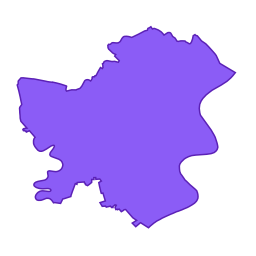 Kien Thuy, Hải Phòng, Vietnam (Equal Earth projection), rotated 268°
{"feature_id": "81297802B29420287983322", "entity_name": "Kien Thuy", "entity_type": "district", "adm_level": 2, "iso_a3": "VNM", "parent_name": "Vietnam", "parent_adm1": "Hải Phòng", "projection": "equal_earth", "projection_center": [106.673, 20.734], "detail": "fine", "context": "isolated", "style": "filled", "palette": "violet", "viewbox_px": 256, "rotation_deg": 268, "n_neighbors": 0, "source": "geoboundaries", "source_scale": "gbopen_adm2", "svg_char_len": 5622}
<svg xmlns="http://www.w3.org/2000/svg" viewBox="0 0 256 256"><g transform="rotate(268 128 128)"><path d="M27.6,145.0L29.3,146.9L30.9,149.0L32.4,151.0L32.7,151.6L33.3,152.4L34.1,153.7L35.7,157.1L36.7,158.9L38.2,162.4L38.9,164.1L40.4,167.8L41.1,169.8L42.7,173.7L43.1,175.3L44.4,179.1L45.1,180.8L46.5,184.5L47.4,186.4L48.8,189.0L49.2,189.7L50.6,191.9L52.4,193.8L53.8,194.7L55.4,195.4L57.1,195.6L59.0,195.5L60.7,195.2L62.9,194.5L64.5,193.0L67.0,190.3L69.2,187.9L70.8,186.4L72.7,184.6L74.1,183.1L75.8,182.1L79.2,179.9L80.4,179.0L82.0,178.5L82.8,178.2L85.4,178.0L88.3,178.0L90.2,178.6L92.2,180.0L95.1,183.2L96.1,184.9L97.3,187.6L98.2,190.7L98.6,194.8L99.0,205.6L99.5,210.2L100.4,213.1L101.7,215.0L103.3,216.3L105.2,217.0L105.8,217.1L107.6,216.9L109.7,216.5L112.6,215.7L115.7,214.8L118.1,213.7L123.1,211.0L127.6,208.0L138.2,200.9L140.5,200.3L145.1,199.9L149.1,200.5L152.4,202.0L155.0,203.9L158.3,207.2L160.5,210.1L162.9,213.5L167.6,222.5L171.2,228.5L174.4,232.4L176.5,234.5L179.6,237.2L189.4,222.0L197.3,218.7L199.1,217.5L201.9,215.2L206.3,211.5L209.4,208.7L212.5,204.5L215.0,202.6L217.7,200.5L218.2,199.0L218.6,198.5L219.0,198.2L218.0,196.4L214.7,195.6L211.7,194.4L210.6,193.6L210.2,193.2L210.1,192.9L210.1,192.4L210.1,192.1L210.3,191.7L211.1,190.6L212.0,188.8L212.2,188.6L212.7,188.3L212.9,188.1L213.0,187.6L213.2,185.2L213.2,184.2L213.2,183.6L212.8,181.4L213.0,180.2L213.2,179.9L215.7,178.5L216.2,178.2L217.7,176.1L218.1,175.7L218.8,175.4L221.2,174.1L221.5,173.8L221.9,173.2L222.0,172.0L222.0,171.5L221.9,171.1L221.7,170.7L220.1,168.0L219.7,167.4L219.7,167.1L219.9,166.9L220.3,166.8L222.2,165.2L223.1,164.3L224.9,161.7L225.7,159.9L226.5,158.0L226.6,157.6L226.6,157.4L226.1,156.0L226.2,155.9L226.3,155.7L228.4,154.4L227.4,152.8L227.2,152.3L227.1,151.8L226.8,151.4L226.5,151.2L225.4,151.0L225.1,150.8L224.9,150.4L224.6,148.8L224.4,148.0L221.4,141.8L219.0,136.3L218.4,134.9L219.2,132.5L219.5,131.2L219.6,130.4L219.7,129.7L219.7,129.0L219.7,128.0L219.5,127.0L219.2,126.5L218.7,125.9L217.6,125.0L214.8,123.3L214.1,122.4L213.8,121.9L213.6,121.4L213.4,120.9L213.4,120.0L213.4,119.2L213.8,116.3L213.8,115.6L213.7,115.2L213.5,114.7L212.3,113.3L212.2,112.6L212.3,111.5L211.1,110.7L210.6,110.8L209.7,110.8L209.2,110.8L208.5,111.0L208.0,111.2L207.4,111.5L207.0,112.0L206.5,112.4L206.3,112.7L206.0,112.9L205.4,113.5L204.5,114.4L203.7,115.1L203.0,116.1L202.7,116.6L201.9,118.3L200.3,117.2L195.6,121.6L194.0,120.6L194.9,117.6L195.1,117.0L195.1,116.4L195.0,115.7L195.0,114.6L195.1,113.7L196.0,109.9L196.0,108.8L195.8,108.0L195.3,106.7L194.8,106.2L193.9,105.9L193.5,105.6L193.3,105.1L193.1,104.7L191.7,105.0L191.0,105.1L189.9,105.0L189.3,105.1L188.7,104.7L188.3,104.4L189.4,102.6L185.6,100.2L181.5,97.9L181.4,96.8L180.4,96.4L180.4,95.4L180.4,94.5L180.2,94.1L179.9,93.9L179.2,94.1L178.7,93.9L177.1,93.0L176.7,92.7L176.3,92.2L177.2,91.0L177.4,90.6L177.7,89.6L177.7,88.8L177.6,87.9L177.2,87.0L176.6,86.3L171.6,83.4L169.6,81.7L169.2,81.1L168.4,78.6L168.1,77.8L167.9,77.6L167.9,76.9L168.0,75.1L168.1,73.1L167.7,71.0L167.0,67.9L167.4,67.6L167.9,67.4L168.8,67.3L169.8,67.5L171.9,68.1L172.1,68.0L172.5,67.0L173.7,63.7L174.0,62.9L174.6,61.1L175.5,58.0L176.5,54.1L176.3,54.0L176.4,53.6L176.7,51.6L177.1,49.4L177.7,47.1L180.1,36.7L180.4,35.1L180.4,34.4L181.8,24.9L181.8,22.8L179.0,20.1L178.5,19.9L176.3,19.8L175.9,19.7L175.6,19.5L175.1,18.9L174.8,18.8L168.8,20.2L162.5,21.4L160.5,21.7L158.7,22.0L156.6,22.4L155.3,22.6L155.0,22.5L152.8,20.8L152.3,20.5L151.8,20.4L151.3,20.3L148.6,20.4L147.1,20.4L143.9,20.6L141.5,20.6L138.8,21.1L138.3,21.3L131.4,27.0L131.1,24.1L130.8,23.4L130.2,22.9L129.6,23.1L129.0,23.4L129.3,24.2L129.1,24.4L128.6,24.9L128.4,25.3L128.5,25.9L128.3,26.1L127.5,26.3L128.7,29.4L122.0,34.8L121.4,34.3L120.5,33.7L119.0,33.2L117.5,33.1L115.9,33.1L115.0,33.3L113.5,33.9L112.4,34.5L111.0,35.5L109.0,37.1L108.0,38.7L107.8,39.8L107.8,41.0L108.2,42.5L109.8,45.7L112.7,50.5L113.2,52.1L113.3,53.0L113.1,53.6L112.6,53.8L111.7,53.6L110.0,52.6L106.1,49.5L104.5,49.0L104.0,49.0L103.4,49.2L102.8,49.6L102.4,50.2L101.9,51.2L99.2,57.8L97.8,59.8L96.2,60.9L94.0,61.6L92.7,61.5L91.1,61.0L89.6,60.2L88.3,58.8L87.4,57.1L87.0,55.5L86.9,54.2L87.2,52.1L87.8,48.8L87.9,47.8L87.7,46.9L87.4,46.4L86.8,46.1L85.2,46.2L82.7,46.5L81.5,46.1L80.2,45.2L79.4,44.2L78.8,42.8L77.8,36.2L77.1,34.0L76.3,32.8L75.7,32.3L74.9,32.0L74.1,32.0L73.5,32.2L72.6,33.1L71.8,34.2L71.2,35.7L70.7,37.2L70.4,38.9L70.2,40.6L70.3,44.5L70.3,46.0L70.0,47.3L69.4,48.4L68.9,48.7L68.2,48.7L67.7,48.3L67.5,47.8L67.4,47.1L67.4,46.3L68.1,41.4L68.2,40.1L68.1,39.0L67.8,37.7L67.3,36.7L66.7,35.7L65.8,34.8L64.6,33.8L63.3,33.2L62.4,33.0L61.3,33.1L60.4,33.5L59.8,33.9L59.3,34.5L58.9,35.6L58.8,36.6L58.8,37.9L58.9,38.9L59.4,40.6L60.4,43.4L60.5,43.8L60.6,44.6L60.5,45.7L60.4,46.4L60.2,47.0L59.9,47.6L59.3,48.3L58.6,49.1L57.9,49.6L55.8,51.0L56.0,52.1L56.0,52.4L55.8,53.4L55.0,58.0L59.3,60.3L59.7,62.1L60.6,65.2L61.5,68.5L62.3,68.6L66.5,70.2L68.4,71.0L74.3,73.4L74.2,74.1L74.1,74.4L73.9,74.5L73.7,74.5L73.5,75.0L75.3,75.3L75.6,82.4L74.7,82.5L74.1,83.3L73.9,83.5L73.1,83.4L72.8,83.6L71.8,85.6L73.1,87.5L74.9,89.8L77.8,89.9L77.7,92.2L79.6,92.1L79.6,94.0L77.8,94.1L78.0,98.0L75.9,99.5L74.5,96.9L70.7,97.5L63.9,98.9L63.9,99.4L63.6,99.5L63.8,100.7L55.9,102.8L54.4,97.4L50.6,99.5L50.7,102.8L50.3,103.2L49.7,103.5L50.5,107.7L49.4,108.6L49.1,108.8L49.1,109.5L49.1,110.1L49.8,109.8L50.7,111.1L51.6,112.2L51.6,112.8L51.2,113.6L49.6,112.6L49.0,112.3L46.9,113.0L47.2,114.4L46.7,114.7L47.3,116.3L44.6,118.4L44.9,119.0L45.6,120.2L45.8,120.6L46.2,120.9L46.4,121.3L46.6,122.0L46.6,122.8L38.1,129.7L35.4,133.4L32.8,128.9L29.1,132.3L32.5,136.6L32.9,137.3L27.6,145.0Z" fill="#8b5cf6" stroke="#5b21b6" stroke-width="1.5"/></g></svg>